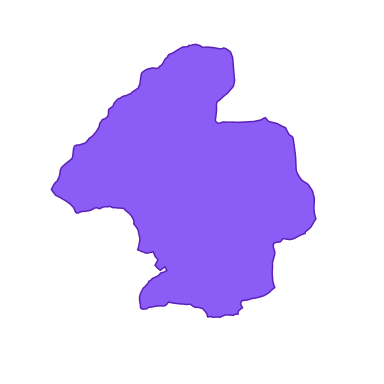 outline of Si Ma Cai, Lào Cai, Vietnam, rotated 55°
{"feature_id": "81297802B8681355150837", "entity_name": "Si Ma Cai", "entity_type": "district", "adm_level": 2, "iso_a3": "VNM", "parent_name": "Vietnam", "parent_adm1": "Lào Cai", "projection": "albers", "projection_center": [104.253, 22.664], "detail": "fine", "context": "isolated", "style": "filled", "palette": "violet", "viewbox_px": 384, "rotation_deg": 55, "n_neighbors": 0, "source": "geoboundaries", "source_scale": "gbopen_adm2", "svg_char_len": 5959}
<svg xmlns="http://www.w3.org/2000/svg" viewBox="0 0 384 384"><g transform="rotate(55 192 192)"><path d="M317.5,178.8L316.1,178.6L311.8,177.2L304.2,172.7L300.5,169.7L295.9,166.5L290.3,159.7L288.3,158.4L284.4,157.2L282.1,155.9L280.9,154.4L281.5,151.9L283.4,148.5L283.2,146.6L282.5,145.2L282.8,143.5L284.2,142.3L287.2,139.0L288.7,135.1L289.2,130.4L289.9,126.0L290.8,123.2L289.8,122.4L289.8,122.0L289.5,120.8L289.5,118.7L289.3,117.0L288.9,114.7L287.1,110.7L286.4,109.3L285.9,108.1L285.4,106.4L285.3,106.2L284.6,105.8L284.0,105.5L283.6,105.4L279.9,104.1L275.3,101.5L267.3,95.3L260.9,93.0L259.5,92.7L253.6,92.5L251.9,92.7L250.6,93.1L248.7,94.0L246.8,94.7L244.8,95.3L242.9,95.4L238.7,95.2L235.9,94.8L234.3,94.2L233.0,93.6L222.0,86.6L214.2,82.5L207.0,78.9L205.8,78.4L205.1,78.2L204.2,78.2L203.3,78.4L201.7,79.3L201.1,79.4L199.9,79.4L197.4,79.2L192.8,78.5L190.9,79.9L184.9,82.9L179.4,87.7L178.6,88.5L177.6,88.8L176.6,89.0L174.1,89.1L173.4,89.3L173.1,89.6L172.8,90.2L172.5,94.2L169.8,100.7L168.0,103.6L167.1,105.2L164.3,109.6L163.5,110.8L162.6,112.5L159.9,116.3L158.7,117.7L154.9,123.2L153.2,125.4L152.5,126.5L152.2,127.1L151.9,128.1L151.6,129.5L151.1,130.5L150.6,131.1L150.2,131.4L149.6,131.7L148.3,132.0L147.8,132.0L147.0,131.8L146.4,131.5L145.8,131.1L144.9,130.1L139.0,124.9L134.5,121.9L133.7,121.2L133.3,120.7L133.0,120.1L132.4,119.1L132.4,118.2L132.6,117.3L131.7,110.7L131.4,106.2L131.0,104.2L130.8,103.7L129.7,99.3L129.1,97.4L125.4,93.4L124.4,92.7L122.8,91.9L105.6,81.8L104.9,81.5L99.6,80.2L99.0,80.2L95.9,81.2L93.6,82.3L92.2,83.4L92.0,83.8L91.9,84.5L91.9,85.3L91.6,85.9L90.9,86.8L85.6,92.1L82.0,96.3L80.5,98.8L80.2,99.4L79.7,100.1L78.7,100.8L76.8,101.4L73.6,103.9L73.2,104.4L72.4,105.6L71.6,108.1L71.1,109.2L70.0,110.6L70.6,112.0L69.2,114.4L67.9,116.4L67.8,116.9L67.5,120.2L67.5,121.5L67.3,122.9L67.2,126.4L67.1,127.6L66.8,129.8L66.4,130.8L66.1,131.9L66.2,132.2L66.7,133.8L67.1,134.2L67.4,134.9L67.7,137.5L67.8,138.0L68.9,140.2L69.5,141.3L70.2,142.9L70.5,144.2L70.6,145.7L70.5,146.3L70.7,147.2L71.0,147.9L71.0,148.5L71.0,148.9L70.8,149.3L70.0,150.7L69.5,151.3L68.3,152.4L67.7,153.2L67.1,154.8L66.2,156.6L65.9,157.7L65.5,159.4L65.4,160.0L65.5,164.1L65.7,164.7L66.0,165.4L66.4,166.0L71.4,170.7L72.3,171.5L73.0,172.0L73.4,172.4L74.8,174.7L75.9,176.3L76.0,176.7L76.0,178.6L75.9,182.9L75.9,183.7L76.0,184.4L76.3,185.2L76.3,185.8L75.7,188.1L75.6,189.3L75.2,190.6L74.4,192.6L73.9,194.3L73.9,196.8L73.8,197.5L73.4,198.9L73.4,199.6L73.5,200.5L73.8,202.0L74.6,204.9L74.9,205.5L76.2,207.2L76.4,207.7L76.5,208.4L76.4,209.9L76.5,210.9L76.5,212.0L76.6,212.6L76.8,213.1L77.3,213.6L79.6,215.3L80.8,216.4L81.3,217.1L81.7,218.0L81.9,219.0L82.1,220.3L82.1,221.3L81.4,223.2L81.3,224.0L81.5,224.7L82.0,225.5L82.7,227.7L83.1,228.4L83.5,228.9L84.5,229.8L85.7,231.5L86.2,232.4L87.6,235.8L88.9,240.4L89.0,241.4L89.1,242.8L89.1,245.4L90.3,249.4L90.5,250.7L90.5,251.3L90.5,251.9L90.4,252.4L89.6,254.6L89.1,256.4L88.8,257.4L87.6,259.2L87.3,259.8L87.1,260.6L87.1,261.7L87.1,262.0L87.3,262.3L87.5,262.6L88.3,263.8L89.1,264.6L93.3,268.3L94.8,269.7L95.4,270.5L95.7,271.3L95.9,272.2L96.2,277.2L96.3,279.1L96.8,282.9L97.0,284.4L97.3,285.2L97.4,285.5L98.0,286.1L98.4,287.1L99.2,288.0L100.3,288.8L101.7,290.3L103.4,292.1L104.5,294.3L105.5,295.7L105.7,296.7L105.9,298.6L106.3,299.8L106.9,301.3L108.6,304.5L109.1,305.6L109.6,305.7L110.0,305.8L116.2,305.6L116.4,305.5L116.8,305.4L119.1,304.1L121.6,302.8L124.7,301.5L125.1,301.2L128.6,299.8L132.3,298.6L136.1,298.0L137.3,298.0L141.8,298.9L142.0,298.9L142.4,298.8L143.0,298.6L143.4,298.2L143.5,297.8L143.8,297.4L144.5,294.7L144.6,294.0L144.7,293.4L145.1,292.9L145.9,291.8L148.6,286.3L149.0,284.6L149.4,280.9L149.5,280.5L150.2,279.2L152.5,277.4L152.8,277.1L153.3,273.5L154.5,271.1L155.7,269.7L156.3,268.2L156.6,267.7L157.1,267.3L158.1,266.6L158.9,266.3L160.0,265.1L160.4,264.3L161.2,263.3L162.2,262.4L162.9,261.6L163.7,260.3L166.6,257.1L168.8,257.1L169.1,257.0L170.4,256.6L171.2,256.4L173.6,255.7L175.0,255.5L176.8,255.4L179.6,255.6L181.6,255.9L183.1,256.5L183.9,257.3L184.6,258.0L188.8,257.7L191.4,257.9L193.3,258.4L195.9,259.6L200.3,261.4L201.6,262.5L205.6,266.4L208.2,269.7L209.8,268.5L211.8,267.5L213.2,266.2L215.2,265.2L216.3,263.9L218.8,258.2L220.3,258.4L223.4,259.1L224.7,259.1L226.5,258.8L227.7,258.8L228.3,259.0L229.2,261.2L230.9,264.3L234.4,263.9L238.0,262.9L238.1,262.4L237.8,260.1L237.8,257.0L241.8,257.5L241.7,258.7L241.7,260.1L241.3,261.6L241.0,262.5L240.6,263.3L240.4,264.1L240.5,264.4L240.7,265.2L241.1,266.6L241.2,267.3L241.0,269.3L240.8,270.9L240.3,272.6L240.2,273.2L240.2,273.8L240.2,274.7L240.5,275.6L240.7,276.8L240.6,277.6L240.4,278.1L240.4,278.6L240.8,279.0L241.5,280.4L242.0,282.7L242.4,283.9L242.6,284.8L242.7,286.6L242.9,287.4L244.6,290.6L245.6,292.4L247.5,294.7L248.4,295.6L250.3,296.8L252.4,298.0L254.4,298.8L255.6,299.4L257.3,300.6L257.8,300.6L258.5,300.3L259.3,299.9L259.8,299.4L261.4,296.7L261.7,295.8L261.7,294.2L261.6,293.5L262.0,292.7L262.2,292.4L263.1,291.2L263.6,289.7L266.1,284.7L267.3,283.1L269.2,280.5L269.6,279.2L269.7,278.3L269.4,276.5L268.8,274.8L268.8,274.2L270.1,273.1L271.8,271.5L274.3,268.8L275.3,267.6L276.5,266.4L279.1,263.0L280.2,262.0L281.2,260.6L282.6,258.3L283.6,257.4L284.8,257.2L287.2,256.2L287.9,255.8L288.8,255.0L289.2,254.2L289.9,253.2L291.0,252.3L292.7,250.9L293.9,250.1L295.5,249.9L299.9,249.6L302.1,250.3L302.5,250.7L303.1,250.9L303.9,250.0L304.2,249.1L305.0,247.8L306.4,247.1L306.7,246.5L306.9,246.2L307.9,244.5L309.5,242.1L310.5,241.4L310.8,240.3L310.9,238.9L311.4,237.1L311.7,235.7L312.3,234.4L313.0,233.4L313.6,232.7L316.0,229.7L316.8,228.9L316.9,228.7L316.8,228.1L316.9,226.6L317.6,225.5L318.5,224.5L318.3,224.3L316.3,222.4L316.0,221.3L315.8,219.9L315.8,217.4L315.8,217.1L314.0,216.8L311.6,216.5L311.2,216.1L310.9,215.7L309.6,213.3L311.3,210.5L312.1,208.9L313.1,206.1L313.4,204.6L314.0,203.2L314.7,202.3L316.1,198.7L316.8,197.2L318.2,192.5L318.4,190.2L318.6,187.3L318.5,185.6L318.0,183.4L317.9,182.1L317.8,179.6L317.5,178.8Z" fill="#8b5cf6" stroke="#5b21b6" stroke-width="1.5"/></g></svg>